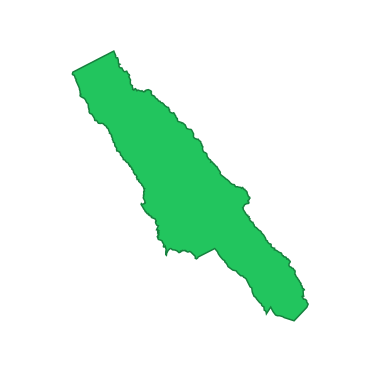 Paclin, Catamarca, Argentina (Mercator projection), rotated 153°
{"feature_id": "61730980B62302984984112", "entity_name": "Paclin", "entity_type": "district", "adm_level": 2, "iso_a3": "ARG", "parent_name": "Argentina", "parent_adm1": "Catamarca", "projection": "mercator", "projection_center": [-65.679, -28.096], "detail": "fine", "context": "isolated", "style": "filled", "palette": "green", "viewbox_px": 384, "rotation_deg": 153, "n_neighbors": 0, "source": "geoboundaries", "source_scale": "gbopen_adm2", "svg_char_len": 6087}
<svg xmlns="http://www.w3.org/2000/svg" viewBox="0 0 384 384"><g transform="rotate(153 192 192)"><path d="M243.5,147.3L242.4,148.9L239.8,150.8L237.7,151.4L236.6,151.3L236.2,150.9L235.7,149.4L233.6,148.1L232.1,146.4L231.1,143.9L229.4,143.7L229.0,144.5L228.1,144.0L227.2,144.4L226.9,143.8L225.4,143.5L224.7,142.5L224.2,142.7L223.8,141.4L223.2,140.6L222.3,140.2L221.0,140.1L220.3,139.1L218.4,133.4L218.4,132.8L219.2,131.5L218.4,130.4L217.0,130.6L216.2,131.2L215.6,131.3L197.4,131.3L196.4,127.2L196.6,124.9L196.2,121.8L195.2,117.8L194.0,115.9L194.5,114.8L194.0,113.6L193.6,111.3L193.8,109.2L191.1,103.9L188.5,101.8L188.0,99.1L186.7,95.4L184.9,94.2L184.6,92.5L183.8,91.5L183.2,90.0L183.3,81.1L182.3,79.4L183.7,75.5L184.1,70.9L183.1,69.3L183.0,67.5L181.9,62.6L180.9,61.1L181.3,59.8L181.1,58.5L180.1,57.0L181.3,53.9L180.5,52.8L180.4,51.6L181.0,49.7L174.1,53.7L174.1,48.7L173.4,44.5L172.1,43.0L170.0,41.9L167.7,39.7L166.9,38.3L159.5,30.9L142.1,37.1L139.4,39.4L139.8,41.9L139.2,42.9L139.4,44.0L140.1,45.3L141.3,45.9L141.2,47.9L141.5,48.7L141.0,49.1L139.8,48.5L139.3,50.3L137.9,53.5L137.3,54.0L136.3,53.8L136.2,54.1L136.8,55.5L137.3,55.9L136.7,58.4L137.1,60.0L137.0,60.6L136.4,61.0L136.9,63.7L136.7,64.3L137.2,66.5L137.0,67.1L137.6,69.3L137.4,71.4L137.7,72.0L136.1,74.6L136.0,75.5L136.5,76.1L136.6,78.0L137.6,78.9L137.7,79.8L138.9,81.2L139.0,82.7L137.9,84.2L136.4,85.0L136.0,85.7L136.6,87.0L136.5,87.7L136.8,88.0L136.7,88.5L137.1,89.0L137.9,89.2L137.7,89.7L137.9,91.3L138.4,91.4L138.6,92.0L139.6,92.6L139.6,93.8L140.3,94.3L140.1,97.0L142.0,99.1L143.0,101.2L144.2,102.6L144.4,103.0L144.1,104.0L144.5,103.8L144.3,104.3L146.1,106.7L146.3,107.4L145.3,109.4L145.5,110.0L146.6,110.7L147.4,113.1L147.0,114.1L147.9,115.5L147.5,117.6L147.7,121.1L148.7,124.1L148.4,124.7L148.7,126.1L149.8,127.7L150.8,131.0L152.0,132.7L151.6,134.7L151.8,136.1L151.5,137.3L152.5,138.1L152.7,139.2L153.1,139.6L153.1,140.3L153.4,141.2L152.5,141.9L153.0,143.5L152.5,144.0L152.9,144.1L153.2,144.7L152.9,145.9L153.6,146.4L153.6,147.2L154.1,148.4L153.9,149.2L154.3,153.1L153.9,153.8L154.0,155.0L153.2,155.2L150.9,156.8L148.1,156.8L147.6,156.3L146.6,156.2L145.9,157.1L146.4,157.8L146.2,158.9L144.6,159.2L144.2,159.8L143.2,160.2L143.0,161.2L143.7,162.1L143.7,163.2L143.4,166.1L143.0,166.7L143.1,168.0L143.8,169.3L143.8,170.5L144.6,170.8L144.8,173.0L146.2,172.8L146.4,173.9L148.2,175.1L149.1,176.1L150.6,176.7L151.0,177.5L150.8,178.2L151.0,179.4L152.6,180.5L153.7,182.5L154.1,184.7L155.3,187.6L156.1,188.5L156.2,189.4L158.4,194.1L158.6,195.8L158.0,196.3L157.8,197.5L158.3,200.3L158.3,203.4L159.1,204.1L159.1,205.2L159.8,206.7L159.6,207.1L160.1,207.6L160.2,209.2L160.8,210.1L161.7,210.2L161.0,211.1L161.1,212.3L162.1,213.9L162.4,216.7L161.5,219.3L162.1,220.8L163.3,222.2L163.5,223.9L163.0,225.8L161.8,227.4L161.9,228.4L162.3,228.9L161.6,230.1L161.9,231.3L161.4,233.0L162.2,234.5L162.6,236.4L163.7,236.6L164.4,237.8L165.1,238.3L165.7,239.9L165.5,240.8L164.2,243.1L164.2,247.2L164.5,248.2L166.3,249.3L167.9,251.1L167.6,254.9L168.0,255.3L168.3,256.5L169.0,257.9L169.9,258.1L170.0,258.9L172.4,261.2L172.5,262.3L171.7,264.2L172.1,264.8L172.3,266.2L172.0,267.2L172.3,268.9L172.1,269.2L172.3,269.5L172.2,270.6L172.5,271.0L173.6,271.1L175.2,272.9L175.3,274.9L174.7,275.2L174.9,275.7L174.6,278.0L175.7,278.9L176.2,279.8L177.2,281.7L177.1,282.5L177.8,284.7L179.1,285.7L179.4,287.5L180.5,288.2L180.7,290.5L181.4,291.2L181.9,292.7L181.9,294.0L182.3,294.4L182.3,295.1L183.7,296.2L183.5,299.0L182.7,299.5L182.7,300.7L184.4,303.0L186.7,303.6L187.1,303.3L187.8,303.5L188.1,302.9L189.7,303.2L190.6,305.0L191.5,304.9L193.9,307.4L195.1,307.2L195.4,309.7L196.6,309.8L197.0,309.3L197.5,309.3L197.8,309.4L198.3,310.4L197.6,311.3L197.6,312.6L196.8,313.8L197.6,315.1L197.8,316.2L196.7,318.7L195.9,319.7L196.0,323.4L194.8,324.1L194.6,325.0L195.4,326.4L195.3,329.3L197.4,329.7L197.8,330.1L198.2,331.4L198.2,334.4L199.6,335.2L200.1,337.0L199.6,338.2L198.2,338.5L199.2,339.7L197.7,343.4L197.4,345.4L198.5,345.8L198.7,347.2L198.1,348.1L197.7,353.1L243.7,352.9L245.1,351.4L244.9,350.4L243.9,349.4L244.4,345.7L244.0,345.0L244.7,344.2L244.8,343.5L245.2,335.4L245.6,334.9L246.0,332.5L246.8,330.9L246.6,329.9L246.9,329.2L247.3,329.5L247.8,329.2L248.0,327.9L246.4,325.5L245.9,325.2L245.1,323.0L245.2,319.6L244.6,317.6L246.1,313.9L245.9,312.6L246.5,312.2L246.5,311.2L247.3,310.2L247.4,309.1L247.2,308.3L245.9,306.8L245.5,302.2L246.1,299.9L245.6,299.4L244.8,299.3L244.4,298.4L244.2,295.8L242.6,294.7L241.5,294.4L240.0,293.1L239.5,291.1L238.4,289.3L238.7,288.4L238.5,287.4L237.9,286.6L238.3,284.0L238.2,282.8L238.3,282.2L238.8,282.0L238.0,280.3L237.8,279.0L238.4,278.6L238.5,275.6L239.1,275.0L239.0,273.2L239.5,272.1L238.7,271.1L239.8,268.0L239.2,265.5L240.1,263.8L240.3,262.6L239.7,262.5L238.9,261.0L238.3,260.7L238.5,260.4L238.2,259.1L238.9,257.3L238.4,256.5L238.0,253.3L238.5,252.1L237.3,251.0L237.1,249.3L236.5,247.7L235.8,247.1L235.6,246.1L236.0,245.1L235.5,244.5L235.8,243.4L235.2,243.4L235.1,241.7L234.7,240.9L235.2,239.5L234.6,238.9L234.8,236.9L235.3,235.9L234.9,234.5L235.1,233.6L234.4,233.2L234.2,232.6L234.1,230.6L234.8,230.3L234.9,228.9L235.2,228.3L235.2,227.9L233.9,227.3L234.6,225.7L233.2,221.6L233.6,220.8L233.0,219.1L233.3,217.1L232.7,216.5L233.6,216.0L234.0,214.4L234.6,214.5L235.0,214.1L236.0,211.5L236.7,211.3L236.8,210.5L238.1,208.9L238.1,205.2L238.6,204.5L238.5,203.7L239.2,203.6L239.2,203.3L241.1,203.4L242.2,204.0L242.4,204.6L243.0,204.0L242.6,199.5L242.8,199.2L242.4,197.6L242.5,195.7L242.0,195.2L242.1,194.6L241.7,193.0L241.0,192.8L241.1,191.5L240.6,191.6L240.3,190.0L239.2,188.7L239.1,188.4L239.7,187.7L237.0,184.7L237.2,183.9L236.9,182.5L237.1,182.2L237.8,182.2L238.4,181.2L238.5,179.0L238.3,178.2L237.3,177.1L240.8,174.4L240.3,173.9L239.8,174.1L239.5,173.7L239.6,173.1L239.2,172.5L240.5,172.4L240.8,171.7L239.9,171.0L240.4,170.3L241.2,170.5L241.0,168.9L241.9,169.0L242.3,168.4L243.2,167.9L242.6,167.0L243.3,166.8L243.5,165.0L241.7,163.3L240.8,161.8L241.1,160.9L240.9,158.0L242.2,156.5L242.3,156.0L241.4,155.5L240.5,155.8L241.3,152.1L242.0,151.4L243.0,149.7L243.8,148.1L243.5,147.3Z" fill="#22c55e" stroke="#15803d" stroke-width="1.5"/></g></svg>